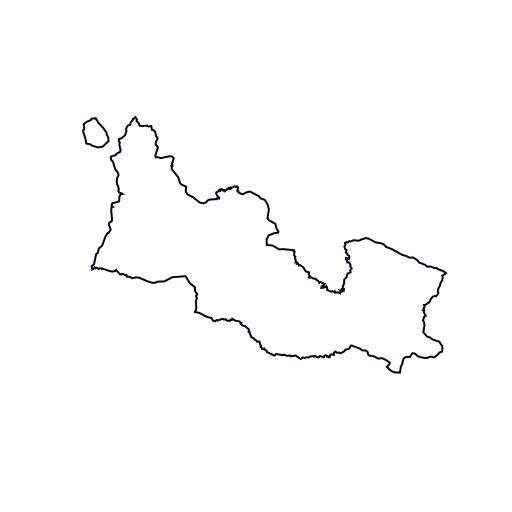 the district of Manggarai, Nusa Tenggara Timur, Indonesia, rotated 111°
{"feature_id": "22746128B41361424069199", "entity_name": "Manggarai", "entity_type": "district", "adm_level": 2, "iso_a3": "IDN", "parent_name": "Indonesia", "parent_adm1": "Nusa Tenggara Timur", "projection": "robinson", "projection_center": [120.422, -8.578], "detail": "fine", "context": "isolated", "style": "outline", "palette": "ink", "viewbox_px": 512, "rotation_deg": 111, "n_neighbors": 0, "source": "geoboundaries", "source_scale": "gbopen_adm2", "svg_char_len": 6076}
<svg xmlns="http://www.w3.org/2000/svg" viewBox="0 0 512 512"><g transform="rotate(111 256 256)"><path d="M313.3,79.8L307.7,81.1L304.8,80.8L299.3,81.5L297.6,80.8L296.2,79.1L295.1,76.1L290.8,75.2L290.1,72.8L291.7,68.7L291.0,63.2L289.9,59.9L287.3,56.9L286.9,53.7L286.3,53.0L282.9,50.9L280.3,50.1L278.4,47.9L273.4,49.8L270.3,54.3L270.7,61.2L269.7,64.4L269.9,67.5L267.2,72.4L260.3,73.9L257.6,75.4L256.3,77.0L252.5,77.3L251.0,76.1L248.8,78.7L247.4,79.3L247.0,80.3L246.4,79.5L245.2,80.7L243.0,80.4L241.5,81.5L241.2,80.6L236.8,77.5L233.7,77.4L230.8,76.5L229.2,74.7L229.0,73.4L227.5,72.8L225.1,72.5L223.6,73.7L221.3,74.1L217.7,73.6L214.8,74.1L212.1,73.4L208.9,74.0L207.7,75.0L204.0,72.4L203.0,75.8L203.1,81.0L202.5,83.6L203.4,85.4L203.3,89.3L204.6,92.4L203.6,95.2L203.7,101.2L202.1,103.7L201.1,108.9L202.6,112.0L202.1,115.7L202.6,119.5L200.9,131.4L200.9,137.5L199.4,140.9L199.3,143.6L200.4,149.4L199.4,156.9L199.9,159.9L202.8,163.6L204.8,165.3L206.3,170.5L208.6,173.0L208.8,174.2L210.2,175.1L210.8,176.6L212.0,177.7L213.4,176.5L215.4,176.9L217.5,175.3L218.0,173.6L220.4,173.4L221.4,171.4L222.2,170.9L222.5,169.2L223.2,168.7L225.6,168.1L225.6,171.3L226.7,171.0L227.7,169.3L229.3,168.5L228.7,166.7L230.3,164.7L231.9,164.2L233.5,162.1L235.7,163.0L237.1,161.9L238.7,162.8L239.6,164.3L243.6,163.8L246.2,165.2L250.4,163.8L252.9,164.2L254.8,163.4L255.8,164.0L256.2,163.5L255.3,162.1L257.2,161.6L257.8,164.7L258.4,163.2L259.2,164.3L260.6,164.1L260.5,166.5L261.9,168.8L260.7,169.8L261.6,170.3L261.5,172.3L262.5,173.0L262.2,177.3L260.2,178.2L259.0,179.5L260.0,179.7L259.9,181.4L261.3,181.4L262.4,183.6L261.4,183.9L257.5,182.0L257.2,186.5L258.4,187.3L256.9,189.0L256.5,191.5L255.8,192.2L256.5,194.3L256.1,197.4L257.1,198.0L257.1,198.5L256.5,199.1L255.6,198.4L254.3,200.2L252.3,200.4L252.5,204.2L249.7,207.6L248.7,211.4L249.5,212.3L248.1,214.0L248.6,215.1L247.3,215.3L247.9,216.8L246.8,216.9L243.5,219.0L242.7,218.9L241.7,220.7L239.1,221.3L238.4,222.3L237.8,221.7L237.0,222.7L239.9,233.2L241.5,236.7L240.3,244.2L241.8,249.9L236.7,252.0L232.3,251.7L228.0,247.0L226.2,243.7L225.1,243.9L222.9,246.8L219.0,249.5L218.1,256.1L216.8,258.8L208.0,260.6L203.7,263.6L200.5,267.8L200.5,272.5L199.0,275.2L198.0,284.9L200.5,288.3L202.6,289.8L203.3,292.3L202.9,295.3L201.9,295.6L201.8,296.9L198.7,297.1L197.7,298.9L198.8,299.6L198.7,301.2L201.0,303.0L201.0,304.1L202.1,303.7L202.2,305.2L202.9,304.8L203.3,307.0L204.7,307.1L205.7,307.7L205.6,308.3L206.4,308.4L205.3,309.7L206.1,309.2L206.0,310.2L206.7,310.3L206.2,311.4L206.7,312.1L206.0,312.5L206.9,313.8L208.3,312.9L208.6,313.4L208.1,314.1L209.2,314.4L210.6,315.8L211.9,315.7L213.7,313.6L214.8,311.1L215.6,311.1L215.3,312.2L216.8,313.0L216.5,313.3L217.4,314.1L220.0,319.6L221.6,321.1L223.7,321.8L225.7,323.9L226.3,327.4L223.5,336.6L223.1,341.9L221.1,344.6L216.3,346.0L216.0,351.5L215.1,353.1L210.4,356.8L205.0,365.9L202.8,366.8L202.2,366.4L202.0,367.2L200.7,366.7L200.0,367.7L198.4,367.3L197.5,367.8L194.4,367.7L193.4,369.4L193.3,370.9L194.1,372.8L198.6,379.7L199.2,384.1L199.8,384.9L198.3,386.0L189.6,386.5L187.7,389.7L184.9,390.4L182.0,389.8L181.0,390.3L180.1,392.2L176.0,394.7L175.2,397.3L175.5,398.3L172.2,400.4L173.6,402.7L173.4,404.5L175.4,408.7L176.1,411.3L174.0,413.2L172.8,415.8L171.3,416.0L169.6,418.4L172.0,419.4L172.2,420.0L174.0,420.0L176.2,420.8L178.6,420.5L179.7,422.0L181.7,422.8L184.0,422.8L185.9,421.7L190.2,421.5L194.6,424.0L195.6,425.7L196.3,425.9L198.2,424.9L198.7,423.9L201.1,423.5L205.5,420.5L207.4,420.1L210.5,422.9L212.2,423.2L214.8,426.8L215.8,427.0L218.0,425.8L219.4,423.2L225.5,418.5L227.5,415.1L228.9,413.8L230.1,413.3L233.0,413.6L236.2,412.7L238.6,411.6L239.7,410.2L243.0,407.9L244.9,407.8L245.9,406.3L245.6,403.7L245.9,402.8L246.5,404.1L247.6,404.6L250.3,404.7L253.2,403.5L254.3,403.6L258.2,408.9L259.5,409.2L261.2,408.4L261.4,407.5L261.9,408.4L265.1,407.6L274.1,403.2L275.3,403.2L277.4,404.9L279.1,404.8L283.5,401.1L287.5,401.9L287.8,402.8L292.2,403.6L301.1,403.3L305.5,405.4L309.8,404.8L311.7,405.9L321.3,404.3L324.6,405.7L327.2,404.1L325.9,403.2L325.5,402.3L324.7,402.4L325.0,401.9L324.5,401.8L324.2,400.5L324.4,397.9L323.7,397.8L323.0,396.3L323.3,395.3L322.8,394.9L322.4,386.5L321.8,383.9L320.3,382.0L319.2,381.5L321.8,376.5L321.5,375.1L320.7,374.6L320.4,373.1L320.8,371.8L320.2,370.2L321.5,369.4L320.7,365.8L321.1,363.5L318.9,360.2L318.2,357.5L318.5,347.0L318.0,342.5L317.2,340.7L315.1,338.4L312.6,332.5L305.8,326.5L300.1,314.5L305.1,308.1L307.1,301.7L310.6,300.3L312.8,297.1L314.8,297.7L316.6,296.1L319.9,295.9L326.2,293.0L330.2,292.8L329.4,288.5L330.4,280.2L329.9,275.3L331.8,273.0L331.7,270.9L329.9,269.8L330.0,268.7L326.7,264.9L326.8,263.2L325.8,261.4L326.7,260.6L326.7,259.7L325.8,257.0L324.7,257.0L324.4,255.6L323.1,255.7L323.8,251.5L322.9,247.8L323.9,246.7L323.8,245.8L325.0,245.9L325.8,243.7L325.4,241.0L326.8,236.8L328.7,235.2L329.5,235.7L329.8,234.6L333.5,231.1L333.6,228.3L334.6,227.4L334.6,225.9L335.7,224.2L334.6,222.1L337.0,220.6L337.9,219.3L339.2,219.2L339.5,218.0L340.6,216.9L340.6,216.2L339.4,215.0L340.4,214.2L340.6,212.4L341.7,211.3L342.4,204.0L342.0,202.8L340.3,202.2L339.1,195.9L338.2,194.7L337.9,190.7L336.6,188.7L337.2,187.7L334.7,183.2L336.2,177.4L333.8,175.7L333.8,173.7L332.4,172.5L331.7,170.3L330.4,169.4L329.1,167.0L329.2,165.8L328.1,165.2L328.6,162.4L328.2,161.3L326.4,160.4L326.3,156.4L324.5,156.3L323.7,155.4L323.7,153.8L324.5,153.4L323.9,152.6L324.5,151.5L323.7,150.9L322.0,151.3L320.8,150.5L320.4,147.9L318.3,148.5L316.8,147.9L317.3,145.3L316.4,143.9L316.5,142.0L313.4,139.5L311.1,138.8L310.7,137.7L308.8,135.6L306.6,135.6L305.3,134.9L305.2,125.9L306.1,123.0L304.9,120.0L305.6,117.4L307.8,116.0L308.3,114.5L307.4,110.0L308.0,104.8L306.2,102.1L306.5,97.6L307.7,92.7L309.3,92.6L312.6,94.2L314.0,91.0L314.9,88.1L315.0,85.2L313.3,79.8ZM207.9,437.8L201.6,434.9L198.4,436.2L196.1,438.9L194.5,439.7L191.1,444.7L187.8,451.7L186.4,452.7L185.4,455.0L184.9,455.1L186.7,458.7L188.3,458.9L191.4,462.1L194.7,464.1L197.9,462.2L199.5,461.9L200.2,462.4L202.0,461.8L207.7,457.2L211.8,454.8L211.1,450.5L211.7,448.7L211.3,442.5L209.4,439.2L207.9,437.8Z" fill="none" stroke="#020617" stroke-width="2"/></g></svg>